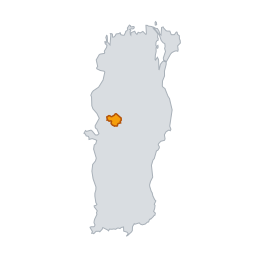 Nigde on a map of Turkey (Robinson projection), rotated 96°
{"feature_id": "TUR-3020", "entity_name": "Nigde", "entity_type": "Province", "adm_level": 1, "iso_a3": "TUR", "parent_name": "Turkey", "parent_adm1": "", "projection": "robinson", "projection_center": [34.715, 37.878], "detail": "fine", "context": "in_parent", "style": "filled", "palette": "amber", "viewbox_px": 256, "rotation_deg": 96, "n_neighbors": 0, "source": "natural_earth", "source_scale": "10m", "svg_char_len": 4275}
<svg xmlns="http://www.w3.org/2000/svg" viewBox="0 0 256 256"><g transform="rotate(96 128 128)"><path d="M197.6,92.7L201.1,93.9L202.2,93.0L205.4,93.1L208.3,93.8L209.8,91.9L211.9,92.1L212.3,93.0L213.2,93.4L216.3,95.9L216.0,96.2L216.7,97.1L219.3,97.7L219.6,98.9L221.7,100.8L222.8,103.7L222.3,105.6L221.2,106.9L223.0,111.2L222.5,111.8L225.7,113.2L229.6,113.0L230.9,113.6L234.8,117.0L235.8,118.4L233.1,116.7L231.7,118.1L231.0,121.5L226.9,122.1L227.6,124.3L228.8,125.4L228.5,127.4L228.8,128.3L230.0,129.6L229.9,131.5L230.4,133.5L230.5,135.9L232.3,136.6L231.5,137.7L229.7,142.5L229.9,142.9L231.2,143.0L234.2,145.2L233.7,145.9L234.1,149.0L236.7,151.0L236.3,152.0L236.5,153.1L234.6,152.6L231.0,155.3L230.6,155.3L230.1,154.3L229.8,151.6L228.9,150.9L227.8,150.7L225.8,151.9L224.0,151.9L222.1,151.6L217.2,149.9L215.5,150.5L213.6,149.9L210.0,153.3L208.9,153.5L208.4,151.9L207.1,150.9L205.5,152.2L199.3,153.8L196.4,154.1L192.9,153.5L190.0,153.7L182.2,157.4L174.7,159.4L167.9,159.3L164.2,156.9L161.3,156.4L152.6,160.0L148.4,159.8L147.0,158.4L143.7,157.8L143.0,159.2L142.3,162.5L143.5,165.6L141.7,165.8L140.5,166.5L140.2,168.8L138.5,169.7L138.0,171.2L137.7,171.2L135.0,170.0L135.7,168.9L134.0,164.6L134.8,163.2L138.3,159.7L138.2,157.7L136.7,156.3L132.3,158.8L131.9,159.8L130.9,160.6L129.2,160.9L121.3,157.6L116.7,160.5L112.7,164.8L109.7,166.3L100.9,167.5L99.3,168.4L96.3,167.5L94.5,166.3L90.5,161.5L82.9,157.8L74.8,156.9L74.0,157.8L73.7,161.6L72.4,165.1L71.7,165.5L69.9,164.6L63.6,166.7L58.3,164.4L57.4,163.4L56.3,159.3L55.5,159.0L54.7,159.5L53.8,159.5L50.0,157.7L47.9,157.6L46.6,159.4L44.6,160.1L44.5,159.6L45.4,158.5L42.2,158.7L40.4,159.5L38.1,159.0L38.3,158.5L40.2,158.0L44.5,157.4L47.3,154.6L37.1,154.8L36.0,155.4L35.9,153.9L36.5,153.3L39.2,152.8L39.1,151.6L37.5,150.3L35.7,149.6L35.0,146.7L34.1,145.9L34.2,145.5L35.9,145.0L36.3,142.8L36.1,141.5L32.8,140.3L32.1,140.4L31.3,139.3L29.9,138.5L28.7,139.1L25.5,137.4L26.1,136.1L26.9,136.1L27.1,135.1L26.5,133.4L26.6,132.6L27.3,132.3L28.2,132.5L29.0,133.5L29.0,135.4L29.9,136.6L30.5,135.4L32.0,136.0L34.7,135.4L35.3,134.9L33.3,135.0L32.6,134.5L31.0,131.4L32.7,130.5L34.0,128.9L31.7,127.9L32.2,125.8L30.4,123.3L33.0,120.2L32.9,119.8L32.1,119.6L24.0,120.9L23.9,119.5L24.5,118.3L24.6,115.3L25.0,113.7L26.5,113.2L28.4,110.8L31.5,108.0L34.6,108.1L35.8,107.3L37.7,107.3L38.2,108.4L39.8,109.1L42.6,109.0L44.0,108.3L42.7,106.9L44.3,106.5L45.6,106.8L44.9,108.3L45.3,108.5L49.0,108.0L52.8,108.4L57.1,108.2L57.6,107.7L54.6,106.2L56.6,104.9L57.7,104.6L66.6,103.4L66.7,103.1L61.2,102.4L58.5,100.7L57.7,99.7L58.3,97.4L58.9,96.8L60.9,96.7L67.6,97.7L72.4,97.1L77.6,98.6L82.6,98.3L83.6,97.6L84.9,95.4L92.0,91.7L94.5,89.8L105.4,86.0L121.8,86.7L124.7,85.2L126.3,85.7L125.9,86.7L126.0,87.6L127.9,89.8L130.9,91.1L134.9,90.0L136.4,90.4L137.8,94.0L140.4,96.0L141.6,96.2L143.1,95.0L144.6,94.8L147.0,96.0L147.8,97.3L155.7,98.7L157.3,99.8L162.6,100.8L174.3,98.3L178.7,100.0L182.3,100.6L183.8,100.3L188.5,98.3L189.9,97.2L192.9,96.2L196.5,94.0L197.6,92.7ZM46.5,86.5L46.2,88.1L46.8,89.8L48.4,92.2L50.0,93.4L57.9,96.7L56.7,99.7L54.7,100.2L47.9,98.7L45.1,99.9L43.1,99.6L40.3,100.2L39.5,102.0L37.5,104.1L31.9,106.7L26.7,111.8L25.3,112.5L26.0,110.7L26.0,109.2L28.2,107.4L31.4,106.1L32.2,104.9L24.5,105.1L23.8,103.6L24.6,103.2L27.2,100.4L27.5,99.3L27.3,96.5L30.4,94.9L30.7,94.3L30.3,91.6L27.5,90.0L27.6,89.2L29.7,88.5L30.9,86.6L33.9,86.2L35.4,85.3L38.0,84.8L41.1,87.2L45.0,86.3L46.5,86.5ZM22.7,111.7L20.1,112.1L19.3,111.7L20.1,110.8L22.2,110.3L22.8,111.1L22.7,111.7Z" fill="#d9dde1" stroke="#a8b0b8" stroke-width="1"/><path d="M119.1,150.2L118.8,149.6L118.4,149.1L118.1,148.9L117.7,148.3L117.7,147.9L117.8,147.3L117.9,146.9L118.2,146.6L118.5,145.9L118.3,145.1L118.0,144.6L117.5,144.2L117.1,143.5L116.7,142.9L116.2,142.7L115.6,142.4L115.2,141.9L115.1,141.2L118.9,135.8L119.5,135.9L120.5,135.6L121.1,135.6L121.4,135.8L121.9,136.2L122.5,136.4L123.7,135.9L124.5,138.0L125.2,138.7L127.0,138.8L127.3,139.7L127.2,140.3L127.3,140.9L127.5,141.3L127.6,141.8L127.1,142.2L127.0,142.9L126.8,143.7L125.4,145.2L124.2,145.3L123.7,145.2L123.1,145.1L122.7,145.6L122.8,146.3L123.1,147.0L123.1,147.4L123.0,148.0L122.8,148.1L122.6,148.3L122.3,148.7L122.3,149.0L122.3,149.7L121.5,149.5L120.7,149.8L120.3,150.0L120.0,150.1L119.1,150.2Z" fill="#f59e0b" stroke="#b45309" stroke-width="1.5"/></g></svg>